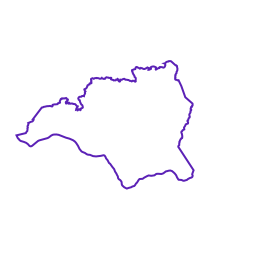 outline of Sento Sé, Bahia, Brazil, rotated 220°
{"feature_id": "56859067B8748211257430", "entity_name": "Sento Sé", "entity_type": "district", "adm_level": 2, "iso_a3": "BRA", "parent_name": "Brazil", "parent_adm1": "Bahia", "projection": "albers", "projection_center": [-41.545, -10.097], "detail": "fine", "context": "isolated", "style": "outline", "palette": "violet", "viewbox_px": 256, "rotation_deg": 220, "n_neighbors": 0, "source": "geoboundaries", "source_scale": "gbopen_adm2", "svg_char_len": 5935}
<svg xmlns="http://www.w3.org/2000/svg" viewBox="0 0 256 256"><g transform="rotate(220 128 128)"><path d="M197.7,108.1L198.1,107.0L198.0,106.5L197.6,105.6L197.5,104.7L197.1,104.3L196.5,103.9L196.4,103.5L197.5,102.1L197.3,101.0L198.8,99.4L199.7,98.6L200.6,97.3L200.4,96.9L200.0,96.5L199.9,95.9L200.3,95.5L201.9,94.8L202.7,93.9L204.1,92.6L205.3,91.0L205.9,90.3L206.3,89.8L206.5,89.0L207.2,88.2L206.5,73.9L206.1,74.2L205.8,74.0L205.5,73.3L205.4,71.9L205.5,71.5L205.9,71.1L207.6,67.8L207.2,67.7L206.9,67.4L206.9,66.8L206.2,65.8L206.2,64.9L205.5,64.1L205.0,63.9L204.7,62.9L204.3,62.7L203.2,60.9L203.3,60.0L203.0,58.4L208.7,50.7L206.1,49.5L205.2,49.3L204.2,49.3L203.4,49.0L201.9,49.1L198.9,50.4L196.4,51.2L194.0,51.3L192.6,51.0L191.7,51.0L190.9,51.3L190.4,51.8L190.0,52.7L188.6,60.2L188.0,61.5L183.1,68.6L182.6,69.9L182.0,72.7L181.3,74.4L180.5,75.4L178.7,77.0L176.7,78.2L169.3,80.7L166.0,82.2L162.3,83.3L160.0,83.5L158.1,83.2L154.8,82.2L151.7,80.8L148.7,80.2L147.7,80.3L145.0,81.2L142.7,81.4L141.4,81.9L139.9,83.0L136.7,84.0L134.2,85.7L130.9,89.2L129.4,91.2L129.0,91.6L128.1,91.8L126.7,91.4L125.2,90.6L122.9,90.2L120.1,89.0L118.7,89.1L114.9,88.1L112.2,87.6L109.9,86.3L107.5,85.6L106.6,85.1L104.7,84.4L103.6,83.4L103.0,83.1L102.0,82.9L100.4,83.1L98.6,82.7L97.9,82.2L96.7,81.0L96.1,80.6L95.4,80.3L92.8,80.2L90.1,80.8L89.8,81.1L89.2,82.2L87.4,84.8L87.1,85.9L85.9,87.7L85.9,89.1L86.2,90.6L86.0,91.8L86.5,95.5L86.3,96.4L84.2,98.4L84.0,98.9L83.7,100.3L82.5,103.3L81.7,104.9L79.5,106.3L78.4,107.5L77.3,108.8L76.9,110.7L76.4,111.5L75.5,112.3L72.9,114.2L72.3,115.1L71.8,116.0L71.1,119.1L70.0,120.5L69.5,121.3L68.3,122.6L66.6,123.3L64.4,123.3L62.8,123.2L60.6,122.7L58.9,121.8L56.9,121.1L56.0,120.9L53.6,122.6L51.8,123.1L51.1,123.7L49.5,126.1L49.3,127.3L48.5,129.4L47.5,130.9L47.3,131.8L47.7,132.9L48.3,133.4L48.9,133.6L49.2,134.0L50.6,137.8L77.4,145.9L77.8,146.6L77.8,147.9L79.1,149.4L79.1,149.9L79.8,150.5L79.9,151.4L80.2,151.8L80.3,152.6L80.4,152.9L80.5,153.4L80.3,153.9L80.5,154.4L80.1,155.0L80.2,155.4L80.7,155.9L81.1,156.6L81.8,157.2L83.0,158.2L84.1,158.7L84.6,159.3L84.7,159.7L84.5,160.5L84.7,161.2L84.5,162.1L84.0,163.1L85.4,164.4L85.6,166.4L86.1,167.9L85.0,170.0L85.7,171.1L86.6,171.3L86.9,171.5L87.2,172.0L87.0,172.9L87.4,173.5L87.6,174.0L87.8,174.5L87.6,175.4L87.7,175.9L88.1,176.2L88.2,176.6L89.1,177.1L89.6,177.6L89.9,178.4L90.1,180.0L91.0,181.0L90.9,181.6L91.0,182.1L91.7,182.4L91.7,182.8L92.1,182.8L92.4,183.0L93.1,184.7L92.8,185.0L92.7,185.3L93.1,185.6L93.2,186.3L93.0,186.5L93.1,186.9L93.4,187.2L93.6,187.5L93.9,187.9L94.4,188.2L94.9,188.2L103.9,188.4L114.1,194.4L120.0,197.1L120.7,196.3L121.8,196.2L122.5,195.6L123.0,195.6L124.1,196.6L124.3,197.5L124.7,197.6L125.2,198.1L125.5,198.6L125.5,199.1L125.9,199.3L126.1,200.2L126.1,201.2L126.3,201.5L126.8,202.0L127.2,203.8L127.5,204.1L128.1,205.1L129.7,206.3L130.2,206.9L130.6,207.0L131.4,207.0L131.7,206.6L137.8,206.8L138.3,206.6L139.6,205.6L139.8,205.2L139.8,204.9L140.1,204.7L141.0,203.3L141.1,202.5L141.3,201.2L141.6,200.8L140.9,201.0L140.6,200.9L139.7,200.0L139.3,198.8L139.2,198.1L139.4,197.4L139.8,196.9L141.0,196.5L142.7,195.3L142.9,194.9L142.8,194.5L142.5,194.1L142.7,193.8L143.2,193.5L143.5,192.4L143.9,191.7L143.9,191.2L144.2,190.7L144.7,190.9L144.7,191.4L144.9,191.9L145.5,192.4L146.9,192.1L147.8,191.7L148.7,190.9L149.5,189.7L149.5,188.9L149.2,188.5L148.7,188.4L148.5,188.1L148.9,187.8L148.8,187.1L149.4,186.0L149.8,185.7L150.5,187.2L150.8,187.3L151.2,187.0L152.1,186.8L152.4,185.4L152.8,185.0L153.1,184.0L153.7,183.4L154.4,183.1L155.8,182.8L156.1,182.5L156.8,182.3L157.0,181.1L157.3,181.0L158.3,181.0L159.1,180.6L159.9,180.6L160.2,180.4L160.8,180.1L161.0,179.3L160.5,178.4L160.3,177.8L161.3,176.5L161.6,175.7L162.1,175.1L162.0,174.7L161.2,174.0L160.5,173.9L160.0,173.3L159.2,173.1L158.3,172.5L157.4,172.4L156.5,172.0L155.9,171.4L154.6,171.4L154.2,171.2L153.5,170.5L153.0,169.6L152.1,168.8L152.1,168.3L152.5,168.0L153.6,167.9L154.4,167.5L154.8,167.2L154.9,166.5L155.1,166.1L156.2,165.9L156.8,165.3L158.5,165.1L159.1,164.6L159.8,164.3L161.1,163.3L161.9,163.4L162.6,163.2L163.4,162.0L163.5,161.6L163.8,160.9L165.0,160.1L164.7,159.2L164.2,159.0L164.1,158.6L164.2,158.2L164.6,158.0L165.4,158.0L166.9,158.9L167.4,158.9L167.3,158.1L167.8,158.0L168.2,157.6L168.0,156.8L168.2,156.4L168.7,156.1L169.5,155.3L169.8,155.4L170.3,155.3L170.8,154.9L172.3,154.4L172.6,154.6L172.6,155.0L173.1,155.6L173.4,155.5L173.8,155.0L174.8,154.1L175.4,154.0L176.1,153.5L177.1,153.0L177.3,152.3L177.5,152.0L177.3,151.6L177.2,151.1L177.6,150.5L178.3,149.9L179.2,149.7L179.7,149.3L180.3,149.5L180.4,148.7L181.0,147.8L181.4,147.5L182.6,147.2L183.1,146.8L183.9,146.4L184.1,146.0L184.5,145.9L184.7,145.6L185.4,144.9L185.7,144.0L186.0,143.6L186.8,143.5L187.3,143.2L187.5,142.5L187.8,142.0L187.7,141.6L187.0,140.9L186.6,140.8L186.2,140.5L186.2,140.0L185.9,139.6L185.2,139.3L184.9,138.9L185.0,138.5L185.9,137.7L186.0,137.4L185.5,136.6L186.0,135.9L186.4,134.5L185.9,133.8L185.9,133.3L185.7,132.9L185.5,131.8L185.7,130.8L186.3,129.7L186.1,129.3L185.6,129.3L185.0,128.7L184.1,128.7L183.9,127.5L183.1,126.9L182.6,124.7L182.2,124.1L182.7,123.9L183.8,122.9L183.8,122.1L185.2,120.7L185.4,119.8L185.2,118.8L184.0,118.0L183.1,118.0L182.7,118.2L181.6,117.2L181.2,117.1L179.7,116.3L178.7,116.0L178.2,116.1L177.8,116.1L177.0,115.7L176.1,115.0L175.8,114.6L175.8,114.2L176.6,112.6L176.5,111.7L176.0,111.5L176.1,111.0L176.7,111.0L177.0,111.2L177.4,111.1L177.9,110.7L178.1,110.3L177.8,109.4L178.0,109.1L178.7,109.5L179.1,109.4L179.5,108.7L180.1,109.8L180.2,110.8L180.2,112.0L180.4,112.3L181.1,111.9L183.7,112.3L185.2,111.5L185.4,111.2L186.3,111.0L186.6,110.8L187.0,110.4L187.4,110.2L187.7,109.9L187.9,109.4L188.7,109.0L189.0,108.7L189.5,109.4L190.4,108.9L190.8,107.3L191.3,107.0L192.2,107.7L192.3,108.0L192.1,109.9L192.1,110.9L192.4,111.2L193.7,110.9L194.1,111.2L194.6,111.2L194.8,110.7L195.3,110.5L195.5,110.1L196.0,109.4L196.3,109.3L197.0,108.7L197.3,108.0L197.7,108.1Z" fill="none" stroke="#5b21b6" stroke-width="2"/></g></svg>